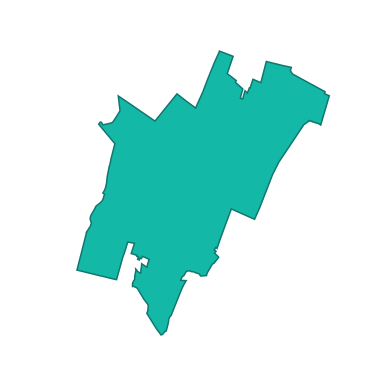 Muna, Yucatán, Mexico, rotated 195°
{"feature_id": "50627088B11927657665908", "entity_name": "Muna", "entity_type": "district", "adm_level": 2, "iso_a3": "MEX", "parent_name": "Mexico", "parent_adm1": "Yucatán", "projection": "equal_earth", "projection_center": [-89.733, 20.466], "detail": "fine", "context": "isolated", "style": "filled", "palette": "teal", "viewbox_px": 384, "rotation_deg": 195, "n_neighbors": 0, "source": "geoboundaries", "source_scale": "gbopen_adm2", "svg_char_len": 3240}
<svg xmlns="http://www.w3.org/2000/svg" viewBox="0 0 384 384"><g transform="rotate(195 192 192)"><path d="M203.7,324.3L203.7,324.2L206.1,304.8L207.5,291.2L210.3,274.0L211.9,274.7L220.8,278.2L231.9,282.9L246.1,250.9L275.4,261.3L288.1,265.7L282.6,252.0L282.9,250.6L284.7,244.6L286.8,238.5L290.5,236.3L295.5,233.8L296.7,235.1L297.6,235.9L298.7,235.8L299.4,234.2L299.6,233.7L299.7,233.3L279.0,218.7L279.0,218.4L278.8,202.4L278.7,202.0L278.4,196.0L278.7,195.3L278.5,194.4L277.9,185.2L276.8,178.0L276.7,173.2L276.9,171.2L277.8,167.9L275.8,167.1L276.1,164.6L276.0,163.3L276.3,161.2L276.5,160.1L277.5,158.4L278.7,156.6L280.9,153.8L281.2,152.8L282.5,147.1L283.0,145.4L283.4,144.1L283.5,143.2L283.7,141.5L283.4,139.6L282.9,138.6L281.1,136.0L281.3,134.6L281.3,134.1L281.3,133.1L281.3,132.8L283.5,126.0L283.4,126.0L283.1,104.4L282.9,86.8L268.7,87.1L259.0,87.3L257.4,87.4L246.6,87.6L242.2,87.8L242.0,107.9L242.0,110.8L241.5,116.5L241.4,118.9L241.3,120.6L241.3,121.7L241.3,122.3L241.2,123.4L241.2,124.9L241.2,125.9L241.1,127.0L234.3,127.6L234.8,117.1L234.8,116.8L231.8,116.7L230.2,116.6L228.6,116.5L228.6,115.5L227.0,115.4L227.1,112.9L225.2,112.7L225.1,114.9L223.5,114.7L223.4,117.0L221.7,116.8L221.3,116.8L219.6,116.5L216.0,115.8L216.2,111.1L216.0,107.7L220.8,109.2L220.9,109.3L221.0,109.3L222.1,109.7L221.4,106.4L221.3,104.1L221.1,103.1L220.5,100.5L220.9,100.4L221.6,100.5L224.1,101.2L225.2,102.3L226.4,103.0L226.0,102.0L225.9,101.5L225.7,98.7L225.5,95.9L224.7,92.5L225.3,91.6L225.7,89.3L225.7,87.7L225.5,87.0L225.0,85.4L224.4,86.0L223.5,85.6L220.9,85.2L220.2,84.9L219.7,84.6L219.4,84.4L219.1,84.1L210.9,76.1L205.0,71.5L204.9,71.1L204.8,70.4L204.2,67.5L204.2,67.1L204.0,64.6L204.3,63.2L203.5,62.4L191.1,50.8L189.5,49.5L184.9,45.9L183.6,46.8L183.4,47.1L183.0,48.5L182.5,49.2L182.2,49.9L180.9,51.1L181.0,59.3L181.3,62.4L181.5,64.1L181.1,65.7L180.8,66.1L180.5,66.7L180.2,67.5L180.0,68.7L179.9,70.5L178.7,80.1L176.8,95.9L176.0,100.0L174.7,104.9L180.1,103.7L179.8,106.6L178.9,108.5L178.3,108.9L177.0,113.6L174.7,115.2L171.5,114.9L169.5,115.4L168.4,115.0L167.4,114.9L164.1,114.8L161.9,113.1L156.4,115.0L156.4,117.5L153.7,127.6L152.3,128.9L151.3,131.2L149.3,135.8L150.4,136.6L154.4,138.8L153.4,141.0L155.5,141.9L154.6,144.7L153.2,144.0L152.9,148.9L152.7,152.0L151.2,169.1L149.6,185.8L124.5,181.8L122.5,194.5L122.4,195.7L122.4,196.1L122.3,196.5L122.1,198.4L122.0,199.7L121.9,200.0L121.8,201.3L121.6,203.0L121.3,205.5L121.2,206.9L121.0,208.9L120.7,210.8L120.5,212.8L120.4,213.7L120.3,214.4L120.2,215.7L120.0,217.8L119.8,219.1L119.6,220.8L119.5,221.7L119.4,222.7L119.3,224.2L119.0,226.6L118.8,228.7L118.7,229.5L118.5,230.6L117.9,233.1L117.7,234.1L117.6,234.8L117.1,237.4L116.7,239.1L116.3,241.1L116.0,242.4L115.9,243.2L101.4,285.9L98.3,289.8L98.0,289.9L97.7,290.9L97.0,291.6L96.7,291.5L96.6,291.1L94.5,291.3L94.2,291.0L87.6,290.8L85.0,290.0L84.3,320.5L89.6,321.3L89.4,323.3L117.3,330.0L125.7,332.1L128.4,334.8L128.3,338.1L135.9,337.7L138.6,337.6L154.0,337.3L153.8,315.4L162.3,316.7L162.8,307.5L163.5,307.5L163.8,304.8L164.1,302.0L167.0,303.5L167.1,295.0L168.4,295.1L169.6,295.2L169.6,304.7L178.5,309.2L178.2,310.8L178.1,311.1L186.8,314.7L188.6,315.4L187.4,333.7L202.0,335.2L202.1,333.2L203.7,324.3Z" fill="#14b8a6" stroke="#0f766e" stroke-width="1.5"/></g></svg>